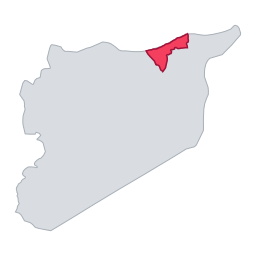 Ras Al Ain, Hasaka (Al Haksa), Syria (highlighted)
{"feature_id": "27442178B16567144851356", "entity_name": "Ras Al Ain", "entity_type": "district", "adm_level": 2, "iso_a3": "SYR", "parent_name": "Syria", "parent_adm1": "Hasaka (Al Haksa)", "projection": "albers", "projection_center": [39.989, 36.654], "detail": "fine", "context": "in_parent", "style": "filled", "palette": "rose", "viewbox_px": 256, "rotation_deg": 0, "n_neighbors": 0, "source": "geoboundaries", "source_scale": "gbopen_adm2", "svg_char_len": 4184}
<svg xmlns="http://www.w3.org/2000/svg" viewBox="0 0 256 256"><path d="M24.7,80.5L27.2,80.9L32.4,84.3L33.3,84.3L35.1,80.0L36.7,78.6L40.1,77.5L41.3,70.6L42.9,69.3L44.7,68.6L47.6,68.6L50.1,68.3L50.3,67.1L47.1,58.9L47.5,56.9L49.5,48.9L50.6,45.7L51.7,44.7L55.6,45.3L61.0,46.9L62.4,49.3L65.0,51.4L69.0,51.4L73.7,51.9L77.3,52.1L80.2,50.8L86.8,48.2L90.1,47.4L93.1,46.2L102.6,42.0L106.4,42.4L109.0,43.0L111.0,43.8L115.4,46.9L119.0,50.0L121.6,50.9L126.2,50.9L132.9,51.6L141.2,51.6L146.0,50.8L152.2,49.3L163.1,45.7L177.5,38.1L185.9,34.3L189.6,33.9L194.3,33.8L199.1,34.7L204.5,35.3L206.9,35.2L212.7,34.4L220.3,32.7L225.0,31.4L230.6,29.2L234.1,25.7L235.3,25.3L236.8,25.9L237.5,26.1L239.0,28.0L240.6,33.0L240.6,33.6L240.4,35.0L236.7,39.2L231.8,44.9L228.2,48.5L222.2,54.6L217.6,56.0L209.8,58.3L207.8,60.4L205.9,63.8L204.8,68.4L204.5,71.3L204.4,76.6L206.3,82.2L208.1,87.5L208.4,91.0L208.3,94.5L206.6,98.3L204.8,103.4L203.8,109.2L203.4,120.0L203.5,129.2L203.3,130.7L200.1,137.3L196.4,144.9L194.6,146.7L186.2,149.0L177.1,154.6L166.8,160.9L157.4,166.5L147.6,172.4L137.3,178.5L130.0,182.8L120.1,188.6L111.0,194.1L101.9,199.6L94.9,203.8L84.2,210.4L77.9,214.3L68.7,219.9L60.5,224.9L50.8,230.7L39.0,228.5L35.2,227.3L32.3,224.2L30.1,222.6L24.5,220.8L21.2,215.1L19.1,213.1L15.4,212.0L17.1,208.6L17.5,206.3L19.2,203.5L18.3,201.6L18.0,197.7L17.3,196.7L17.1,195.6L17.7,194.4L17.6,193.1L17.0,192.5L16.7,190.5L16.3,189.0L16.6,187.3L17.5,186.2L18.4,184.0L19.5,183.3L21.1,182.0L21.6,180.6L23.0,179.2L25.0,178.2L25.4,177.2L25.2,176.7L23.3,175.6L22.4,173.7L23.4,171.0L24.1,170.2L25.2,169.0L27.9,167.1L29.9,166.9L31.6,166.9L34.5,167.2L36.7,167.7L37.3,167.2L37.2,166.5L34.5,164.8L34.4,163.5L35.1,162.1L37.2,160.0L39.6,158.5L40.8,158.3L43.6,155.2L45.4,151.6L43.0,142.8L41.3,141.3L38.7,140.0L37.1,139.8L37.0,139.2L39.2,137.1L40.8,135.2L39.2,133.3L36.2,132.3L35.1,134.2L31.2,134.2L25.2,133.9L23.0,124.6L22.8,120.6L23.1,115.9L25.1,109.3L24.4,106.1L24.5,104.0L24.1,101.0L19.7,94.6L22.8,83.2L24.7,80.5Z" fill="#d9dde1" stroke="#a8b0b8" stroke-width="1"/><path d="M187.4,47.7L187.3,47.1L187.3,46.2L187.0,45.3L186.6,44.3L186.5,43.6L186.6,43.2L186.8,42.8L187.3,42.3L187.9,42.3L188.1,41.8L188.3,41.4L188.4,40.2L188.1,38.8L188.0,38.1L188.1,37.5L188.2,36.2L188.1,35.2L188.0,34.8L187.9,34.7L187.6,33.9L187.5,34.0L187.2,34.1L186.4,34.2L186.0,34.3L185.5,34.7L185.4,34.8L185.0,35.0L184.9,35.1L184.0,35.6L183.6,35.8L182.8,36.1L182.5,36.2L181.9,36.7L180.7,37.3L180.2,37.4L179.3,37.6L179.2,37.6L177.9,37.8L177.2,38.0L176.5,38.4L176.5,38.5L176.2,38.8L175.9,39.1L175.4,39.5L175.1,39.6L174.8,39.8L174.7,39.9L174.4,40.0L173.9,40.2L173.7,40.3L173.4,40.4L172.4,41.1L171.8,41.5L171.2,41.8L170.5,42.5L170.3,42.6L170.0,42.8L169.9,42.9L169.5,43.1L169.4,43.2L168.7,43.5L168.4,43.5L167.9,43.7L167.0,43.8L166.5,43.9L165.9,44.1L165.5,44.3L165.3,44.4L165.2,44.4L165.0,44.7L164.8,44.9L164.6,45.1L164.3,45.3L163.8,45.5L163.5,45.6L163.2,45.7L163.2,45.8L162.9,45.9L162.6,46.1L162.3,46.3L161.4,46.8L160.8,47.1L160.2,47.3L159.0,47.7L158.5,48.0L158.2,48.1L157.8,48.4L157.6,48.5L157.3,48.6L157.0,48.7L156.7,48.7L156.5,48.8L156.2,48.9L153.4,49.1L153.2,49.1L152.4,49.4L151.9,49.6L151.7,49.7L151.5,49.8L151.1,49.9L150.4,49.9L150.2,49.9L149.8,50.0L149.7,50.0L149.3,50.1L149.2,50.1L148.1,50.4L147.5,50.6L146.8,50.7L146.2,50.8L146.4,51.5L147.4,53.2L148.1,54.3L149.2,55.5L150.1,56.6L151.6,58.1L152.4,59.0L153.6,60.2L154.5,61.2L155.9,64.6L156.0,64.6L156.3,64.5L156.5,64.5L156.6,64.8L156.8,64.9L156.8,65.0L157.0,65.0L157.3,65.0L157.5,65.0L157.8,65.1L159.1,65.9L159.2,66.0L160.7,69.8L161.1,70.3L162.3,71.0L162.7,71.3L162.8,71.6L163.1,71.3L163.2,71.1L165.0,68.6L165.5,67.8L166.5,63.3L166.6,62.9L166.8,62.0L167.0,61.4L167.2,59.8L167.3,59.3L167.2,58.9L167.2,57.4L167.0,56.4L166.5,55.6L166.7,55.1L167.5,54.7L168.1,54.7L168.6,54.8L168.7,54.7L169.1,54.4L169.7,53.9L169.8,53.8L170.2,53.7L170.8,53.7L171.1,53.3L171.2,53.2L171.5,52.2L171.6,51.8L171.0,50.9L170.7,50.4L170.9,49.9L171.8,49.6L172.4,49.7L173.0,49.5L173.2,49.4L173.4,49.4L174.1,49.2L174.6,48.9L174.7,48.6L174.6,48.1L174.6,47.8L174.7,47.7L175.1,47.6L175.9,47.4L176.0,47.5L176.6,47.9L177.4,48.4L177.9,48.6L179.0,48.6L180.8,48.2L183.4,48.0L185.5,47.7L187.4,47.7Z" fill="#f43f5e" stroke="#9f1239" stroke-width="1.5"/></svg>